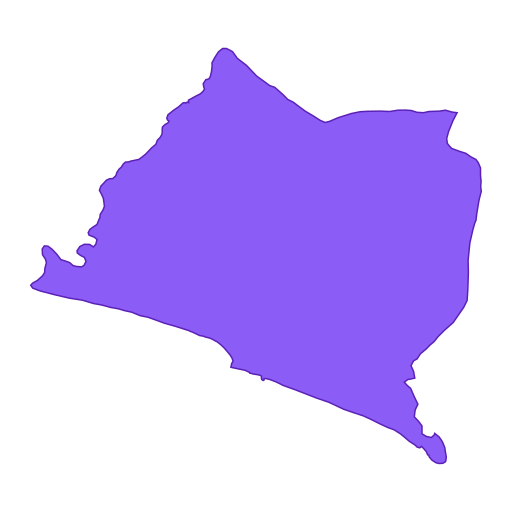 Garraway, Grand Kru, Liberia (Natural Earth projection)
{"feature_id": "62588387B63754413826366", "entity_name": "Garraway", "entity_type": "district", "adm_level": 2, "iso_a3": "LBR", "parent_name": "Liberia", "parent_adm1": "Grand Kru", "projection": "natural_earth1", "projection_center": [-7.918, 4.551], "detail": "fine", "context": "isolated", "style": "filled", "palette": "violet", "viewbox_px": 512, "rotation_deg": 0, "n_neighbors": 0, "source": "geoboundaries", "source_scale": "gbopen_adm2", "svg_char_len": 3777}
<svg xmlns="http://www.w3.org/2000/svg" viewBox="0 0 512 512"><path d="M211.5,71.4L210.4,76.3L208.9,78.9L205.8,79.7L203.2,83.8L203.8,87.2L204.5,89.1L203.0,91.4L200.4,93.8L196.2,95.9L188.4,100.2L188.7,102.6L187.1,102.1L185.7,103.2L184.6,102.6L183.0,102.9L178.5,106.9L174.2,109.8L170.0,113.1L168.0,114.7L166.8,118.1L167.4,119.9L169.0,121.1L167.9,122.9L165.1,124.5L162.5,126.9L162.2,129.0L162.2,132.4L161.9,134.5L160.0,137.6L157.4,140.2L155.8,144.4L151.8,147.7L149.5,150.1L145.7,154.1L142.1,157.0L138.9,159.4L133.2,160.6L130.7,161.1L128.7,161.9L125.4,162.1L123.3,164.0L121.4,167.1L119.1,169.1L116.9,172.4L115.9,175.6L112.9,178.5L109.4,178.8L106.4,180.2L103.3,183.6L100.9,186.1L99.4,190.3L101.5,194.2L103.3,198.2L103.9,202.1L104.4,206.4L103.0,210.0L100.2,214.4L99.9,217.6L99.1,219.2L97.0,224.5L93.4,226.8L89.9,229.4L88.2,232.7L89.0,235.1L94.3,237.2L97.0,239.5L95.8,244.3L93.4,246.9L89.6,244.4L84.2,244.3L79.8,246.6L77.0,250.8L77.3,253.0L80.5,255.4L84.4,257.4L86.0,261.4L84.0,265.4L81.5,266.9L76.2,266.4L73.1,265.6L69.7,262.6L65.3,261.0L60.9,259.6L56.6,254.0L52.0,249.2L48.0,246.2L44.3,245.9L42.2,249.0L42.5,254.7L45.5,259.3L46.4,262.7L44.9,268.3L44.6,272.6L42.3,276.0L37.3,280.5L32.5,283.2L30.7,285.3L32.8,288.2L40.3,291.0L55.3,294.9L69.6,298.2L82.5,300.2L93.4,303.5L100.6,304.8L106.0,306.1L110.3,307.4L114.1,308.0L115.0,308.2L118.8,308.9L124.4,310.6L131.7,312.2L140.3,315.7L147.8,317.2L155.7,320.0L164.6,323.3L174.0,325.9L187.9,330.3L188.8,330.6L190.6,331.5L192.2,332.0L196.9,334.2L199.5,335.5L201.2,335.8L203.4,336.2L205.3,337.0L207.8,337.6L209.5,338.0L212.3,339.2L215.1,340.8L217.1,341.8L220.8,344.7L224.3,348.1L227.2,351.5L230.1,355.0L232.0,358.1L232.6,359.7L233.1,361.1L231.7,363.5L230.9,367.3L237.9,368.8L245.1,370.3L249.5,372.4L249.7,373.1L250.8,373.3L253.6,374.1L257.1,374.6L260.2,375.3L261.5,376.3L261.4,378.2L261.7,379.5L263.1,380.5L264.0,380.1L264.1,378.6L265.8,378.6L269.2,379.3L275.6,381.7L280.8,384.2L282.4,385.1L284.7,386.0L293.1,389.0L302.0,392.4L316.7,398.1L328.9,402.3L343.8,409.3L353.7,412.7L363.4,415.9L371.0,419.4L379.4,423.6L387.8,427.5L393.9,429.7L400.5,433.9L403.8,436.6L409.3,441.3L415.0,445.0L417.3,447.2L419.7,447.8L420.4,447.5L421.6,446.4L424.3,449.3L425.6,450.8L426.3,451.5L427.6,454.8L428.8,455.3L429.2,456.9L430.8,458.8L432.0,460.2L436.1,462.8L439.0,463.5L442.9,463.3L445.5,461.7L445.8,460.8L446.3,457.2L445.6,452.9L445.3,451.6L444.8,447.7L443.0,443.1L441.5,440.3L438.9,436.7L434.7,433.4L434.3,434.9L431.3,437.5L426.3,436.4L422.0,433.8L422.0,425.9L418.6,421.4L414.3,416.8L415.1,410.3L415.9,408.4L417.9,404.2L417.0,402.4L414.0,396.1L410.6,388.3L407.5,385.7L404.3,382.2L408.1,379.3L409.2,379.4L414.8,378.1L413.6,371.6L413.1,370.3L411.0,365.7L413.6,360.8L417.1,358.9L420.3,353.9L424.7,350.2L426.3,348.9L429.7,345.3L434.2,341.5L438.0,336.7L438.5,336.2L444.5,330.2L453.3,322.4L458.7,314.6L463.8,307.2L466.5,301.7L467.1,300.6L467.8,289.7L468.2,277.7L468.4,272.9L468.1,260.5L469.3,248.4L469.9,242.8L472.9,229.6L474.1,225.4L474.7,223.3L476.0,220.2L476.8,213.3L479.1,199.8L481.3,191.2L480.7,186.8L481.1,180.7L480.8,179.2L480.5,174.9L480.5,167.8L480.0,166.8L478.4,162.9L476.0,159.5L470.6,156.7L465.8,153.3L462.9,152.4L460.3,151.6L451.8,148.5L449.3,145.9L447.3,143.3L446.7,138.5L448.6,131.5L452.9,120.8L457.1,112.7L452.2,112.1L445.5,110.2L439.7,111.1L429.0,111.5L423.4,112.7L416.9,112.3L411.3,110.5L405.2,110.1L397.8,110.2L389.7,111.5L380.2,111.1L367.7,111.3L360.3,111.7L351.4,113.5L341.3,116.7L338.1,117.7L329.5,121.4L326.5,122.1L325.1,122.5L320.1,120.3L312.9,115.7L305.3,111.2L298.0,105.8L293.3,102.2L287.7,99.4L283.3,94.9L282.4,94.1L274.7,87.3L269.7,85.6L264.6,81.8L256.7,76.1L246.4,65.3L240.1,60.5L237.3,58.3L232.5,51.6L226.5,48.5L222.6,48.5L218.4,51.9L214.7,57.7L212.0,62.8L212.1,66.0L211.5,71.4Z" fill="#8b5cf6" stroke="#5b21b6" stroke-width="1.5"/></svg>